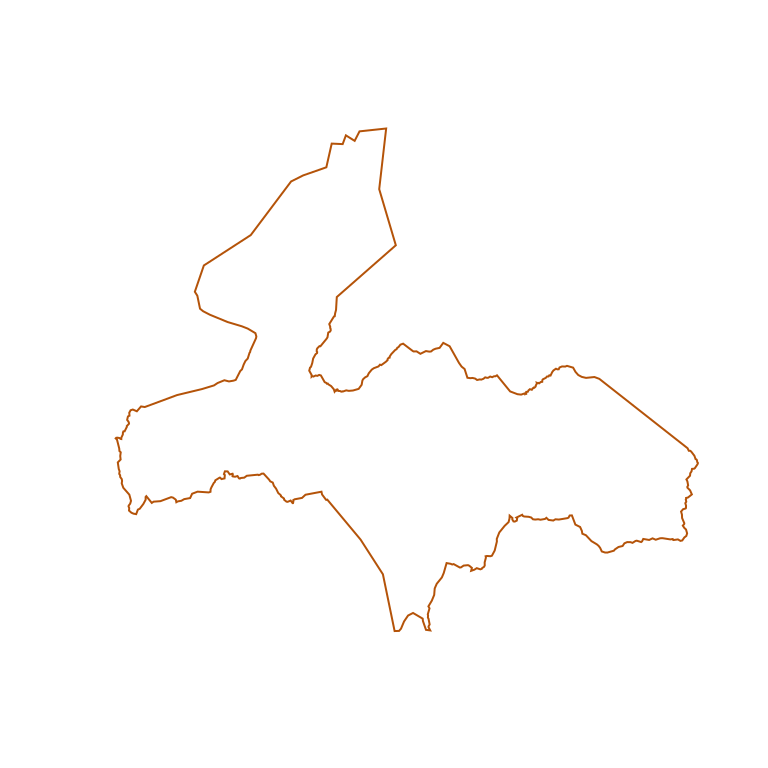 outline of Offinso North, Ashanti, Ghana, rotated 164°
{"feature_id": "2480657B15542052325310", "entity_name": "Offinso North", "entity_type": "district", "adm_level": 2, "iso_a3": "GHA", "parent_name": "Ghana", "parent_adm1": "Ashanti", "projection": "robinson", "projection_center": [-1.916, 7.28], "detail": "fine", "context": "isolated", "style": "outline", "palette": "amber", "viewbox_px": 768, "rotation_deg": 164, "n_neighbors": 0, "source": "geoboundaries", "source_scale": "gbopen_adm2", "svg_char_len": 6166}
<svg xmlns="http://www.w3.org/2000/svg" viewBox="0 0 768 768"><g transform="rotate(164 384 384)"><path d="M311.5,629.0L337.9,633.6L345.2,625.8L352.1,633.5L357.6,626.0L368.0,629.5L379.7,608.2L404.2,606.8L417.5,604.3L471.0,563.9L524.5,547.6L540.4,524.8L539.1,520.3L540.1,507.1L537.8,503.8L532.3,498.6L517.3,486.7L504.8,478.7L499.7,474.8L493.6,468.3L493.6,464.9L494.4,463.3L503.2,453.0L503.9,451.6L504.7,451.0L508.0,446.0L510.9,444.3L513.5,441.4L516.5,437.2L518.6,436.1L525.4,428.8L527.8,428.7L532.3,429.2L536.4,431.6L543.7,430.8L547.8,429.5L560.4,429.3L586.0,430.4L620.3,427.8L623.7,429.4L629.1,425.9L632.5,428.7L634.8,428.6L636.8,426.6L637.4,423.7L638.8,423.5L639.3,423.0L640.8,420.3L640.0,418.2L639.9,416.6L640.3,415.9L642.8,414.5L643.0,413.7L646.4,410.0L647.5,410.3L648.3,409.4L649.0,407.4L651.3,404.8L651.7,403.5L652.3,403.8L653.4,405.1L655.1,405.9L656.2,406.1L656.9,405.7L656.0,404.1L656.3,394.9L656.8,392.5L655.9,390.9L657.4,387.5L658.0,384.0L661.5,382.0L662.4,375.3L662.2,373.0L663.3,370.6L662.8,369.1L663.2,367.3L662.3,364.9L662.5,363.0L663.5,360.8L663.2,356.1L659.3,347.8L659.4,341.4L661.0,338.9L662.9,337.5L663.3,336.8L663.1,335.0L664.0,332.6L662.3,329.9L660.5,328.4L658.1,327.2L655.2,331.1L653.2,331.4L648.4,335.0L645.0,338.5L644.3,341.1L643.4,341.7L640.0,333.7L637.9,334.4L631.2,333.0L619.8,333.9L618.2,333.0L616.3,330.6L616.0,330.0L616.2,327.6L614.5,328.0L611.0,327.6L607.8,328.4L601.8,327.8L598.7,331.4L592.9,331.9L582.4,328.1L580.5,328.2L579.7,330.6L578.4,332.2L574.9,335.8L573.6,336.5L572.7,337.9L567.8,339.3L567.4,339.2L566.4,337.4L563.3,337.2L562.1,340.4L562.7,341.5L561.0,343.9L558.4,343.1L557.2,339.6L554.3,339.5L554.2,338.9L555.1,337.2L554.9,336.9L552.7,335.9L550.2,335.9L549.4,333.3L548.6,332.8L547.5,333.1L544.1,332.5L541.2,333.6L530.2,331.6L529.7,331.0L528.4,330.9L526.3,331.5L524.5,331.1L520.8,323.7L520.2,321.8L518.1,319.9L517.9,316.5L516.6,313.2L515.7,308.3L514.1,305.9L513.8,305.1L514.0,304.4L511.7,301.5L511.9,300.3L510.2,297.8L509.1,297.3L505.9,297.7L504.7,294.7L504.3,294.6L503.6,295.8L503.2,297.4L501.6,297.8L494.2,297.1L490.0,299.2L473.8,297.7L474.0,294.9L471.8,289.1L471.5,288.5L470.4,288.5L449.4,240.9L437.5,201.4L441.9,143.6L437.6,142.5L435.1,144.1L430.2,150.2L424.7,154.8L419.2,155.9L411.5,147.8L411.9,145.4L411.4,136.1L407.5,134.4L408.2,137.8L408.0,138.7L406.4,140.3L405.9,146.2L406.2,147.3L405.4,149.5L405.4,150.5L402.1,155.8L402.6,158.0L397.8,162.5L393.9,167.4L391.6,173.5L388.4,177.4L381.7,182.1L378.7,185.8L373.2,194.6L369.5,192.8L368.2,191.7L366.7,191.7L361.7,186.7L360.6,186.5L357.5,187.5L353.2,186.7L352.2,185.9L350.2,183.0L351.7,180.4L348.3,180.6L345.6,181.4L342.5,179.3L340.9,179.4L340.4,180.0L338.2,180.7L337.2,181.8L336.4,184.8L333.9,189.0L333.8,190.4L332.4,190.3L329.1,189.1L327.6,189.2L323.5,193.4L318.9,201.5L318.3,204.0L314.1,209.5L307.1,214.4L302.3,216.9L300.4,220.2L299.5,222.8L297.5,219.8L298.0,218.4L297.4,216.2L296.2,215.7L294.0,216.1L293.0,218.2L293.6,219.1L287.2,220.2L286.9,218.9L285.8,218.0L281.6,216.5L279.3,215.1L278.1,212.9L276.0,212.0L273.1,211.5L271.0,210.4L266.4,209.9L264.8,210.6L263.3,208.0L258.9,206.1L256.5,206.7L253.3,205.5L244.6,204.5L243.4,204.7L241.8,206.4L239.6,205.9L238.8,196.1L234.9,192.5L234.3,188.3L234.6,185.4L231.6,183.0L227.9,175.8L223.6,171.2L222.3,169.2L221.4,166.9L220.8,163.0L218.0,161.1L215.8,160.4L209.0,160.4L207.5,161.4L203.5,162.7L199.3,162.5L196.8,164.6L193.8,165.0L190.6,164.0L188.9,162.8L185.5,163.8L184.2,163.7L180.4,161.2L179.3,161.6L177.5,163.6L172.1,161.0L168.4,161.6L165.7,159.4L161.0,159.6L158.5,158.9L151.6,155.7L149.2,155.4L149.1,154.5L148.7,154.2L144.3,153.6L142.3,151.5L140.4,151.4L137.6,153.7L135.3,154.6L133.8,156.9L133.8,160.9L135.0,162.9L135.8,165.5L134.1,166.6L133.7,167.4L134.4,173.0L133.6,176.3L133.6,179.5L131.0,181.2L128.4,181.2L127.9,181.6L127.2,183.8L127.2,186.4L125.9,187.5L125.7,189.9L125.2,190.3L125.0,191.2L123.1,191.1L118.5,193.0L119.1,197.4L120.9,200.7L120.8,201.5L119.6,202.7L119.2,206.8L119.6,208.9L115.1,211.5L114.2,213.8L112.5,215.2L111.3,217.5L109.2,217.1L108.4,217.4L104.8,220.4L104.0,221.5L104.4,222.6L104.2,224.6L104.5,225.4L105.2,225.9L105.4,229.4L107.1,233.8L107.9,235.3L109.4,235.8L109.9,238.6L175.6,329.6L179.8,332.7L188.1,334.2L191.9,336.3L194.8,339.1L196.6,342.9L197.7,347.6L203.1,351.0L205.0,350.8L208.0,351.8L210.7,351.5L212.0,350.0L213.3,350.3L214.5,351.3L217.4,350.3L219.0,349.1L221.6,346.2L222.7,346.8L223.8,345.9L225.2,346.3L226.8,345.3L230.0,344.7L230.7,344.1L231.3,342.5L232.7,342.7L234.7,341.9L235.0,342.4L235.9,342.4L236.8,343.1L236.8,342.5L238.7,340.5L238.9,339.8L240.4,339.0L240.9,339.3L241.5,338.8L242.2,338.9L243.5,337.7L245.2,338.8L246.9,338.0L247.9,336.9L249.4,337.2L250.0,335.4L250.6,335.7L251.2,335.4L251.3,336.2L255.1,336.0L258.5,337.4L264.8,342.1L273.0,361.2L274.8,360.7L276.2,361.1L278.1,360.7L279.9,361.9L282.1,361.3L283.2,361.5L284.9,362.5L287.0,361.6L289.3,361.4L290.6,362.0L293.4,362.2L294.9,364.1L297.2,365.4L299.4,365.8L302.1,367.0L302.4,376.2L304.6,379.3L306.1,383.6L310.5,402.2L315.7,407.2L320.6,403.4L324.7,403.7L327.2,403.4L329.8,402.3L331.5,402.6L334.6,404.1L340.7,403.0L343.7,406.4L346.5,407.1L347.2,407.7L354.5,417.5L357.4,417.3L360.0,415.4L361.2,415.2L362.3,414.0L363.9,413.6L368.8,410.7L371.0,408.8L371.3,407.8L372.5,407.8L373.8,406.8L374.0,405.9L376.2,404.8L381.4,402.9L382.5,403.7L384.5,402.4L389.4,402.0L391.8,401.2L395.7,398.5L397.8,396.1L400.3,395.6L402.7,394.4L403.8,393.3L405.7,389.4L409.7,386.3L415.6,386.3L419.7,387.1L422.1,388.3L425.7,388.1L426.0,388.4L427.2,388.4L428.1,389.3L429.7,389.9L430.1,391.2L430.7,390.9L430.8,391.7L431.1,391.7L431.2,390.9L432.3,390.7L432.5,391.0L433.6,390.2L433.7,392.8L435.4,396.6L437.6,399.0L437.9,399.9L438.8,400.0L439.1,400.9L440.5,402.1L442.3,409.6L443.8,410.6L445.8,410.2L447.4,411.0L449.7,410.6L450.8,411.4L451.6,411.0L451.1,412.7L452.2,417.4L450.6,420.1L449.4,420.7L447.2,423.9L445.1,428.0L441.7,431.4L439.8,432.2L439.4,433.2L439.7,434.0L439.0,435.9L438.1,436.8L435.6,438.2L434.7,437.8L426.9,443.2L425.5,444.4L423.4,448.8L421.3,449.3L420.4,450.3L420.1,451.9L420.3,452.7L419.9,453.9L420.1,456.7L413.5,462.7L412.7,462.7L411.5,465.4L409.7,468.4L405.4,480.6L334.4,514.1L334.9,572.6L311.5,629.0Z" fill="none" stroke="#b45309" stroke-width="2"/></g></svg>